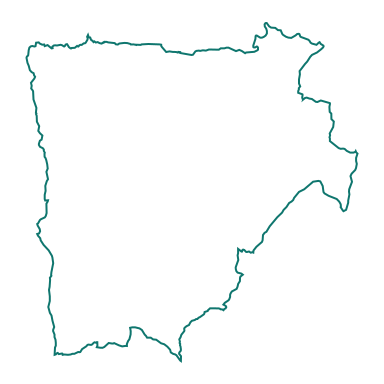 Villeta, Cundinamarca, Colombia (Mercator projection)
{"feature_id": "7082276B61730001772347", "entity_name": "Villeta", "entity_type": "district", "adm_level": 2, "iso_a3": "COL", "parent_name": "Colombia", "parent_adm1": "Cundinamarca", "projection": "mercator", "projection_center": [-74.484, 5.006], "detail": "fine", "context": "isolated", "style": "outline", "palette": "teal", "viewbox_px": 384, "rotation_deg": 0, "n_neighbors": 0, "source": "geoboundaries", "source_scale": "gbopen_adm2", "svg_char_len": 5742}
<svg xmlns="http://www.w3.org/2000/svg" viewBox="0 0 384 384"><path d="M266.7,23.0L265.5,23.1L264.6,24.3L264.8,26.5L266.2,28.6L266.9,31.0L266.9,33.5L265.6,35.6L263.6,37.0L261.8,37.7L260.3,37.7L256.7,35.5L256.1,35.5L255.6,36.1L255.4,39.0L253.3,45.5L253.3,47.0L254.0,47.5L255.2,47.4L256.8,46.5L257.4,46.7L258.0,47.7L258.0,49.7L257.0,50.5L254.3,51.8L246.1,52.5L245.1,53.2L241.8,51.0L239.3,49.9L236.0,51.1L228.6,47.7L226.4,47.7L224.5,48.3L220.8,48.3L218.8,49.7L209.0,49.5L205.9,50.6L202.9,50.3L200.1,50.9L198.9,50.6L196.4,50.9L195.3,51.5L193.0,54.7L191.6,55.0L180.2,53.0L180.2,52.1L178.3,51.9L178.0,52.5L177.6,52.5L176.1,52.0L172.6,51.9L169.5,51.4L166.2,52.0L161.8,46.9L161.3,46.1L161.2,44.7L159.6,44.4L148.4,44.0L141.5,44.4L140.8,44.9L136.0,44.7L136.0,44.9L133.7,44.4L130.9,44.5L130.5,44.0L127.4,43.1L124.5,42.9L119.3,43.5L117.9,44.5L117.4,44.5L115.8,44.3L114.7,43.1L108.2,42.4L106.7,41.9L104.3,41.8L103.0,42.6L103.3,42.8L101.5,43.6L99.5,43.1L97.7,42.1L95.8,42.5L94.4,41.4L93.5,42.1L92.4,40.6L91.6,40.4L91.0,39.7L90.2,37.5L89.5,37.5L88.6,36.9L88.0,35.0L87.1,36.9L87.7,37.7L87.5,39.6L85.7,42.7L84.9,43.3L83.6,43.4L81.7,44.9L80.5,44.8L79.5,45.2L78.4,46.5L78.0,46.5L77.1,45.9L74.8,47.8L71.6,48.0L71.0,48.5L70.3,48.2L68.9,47.1L67.1,44.2L66.7,44.2L65.6,44.6L64.8,46.1L64.1,46.5L62.0,45.2L60.6,44.8L57.0,45.5L55.2,45.3L53.8,45.5L52.4,46.6L52.6,48.2L51.6,48.4L47.6,45.1L44.7,46.1L44.2,44.5L42.2,44.7L39.7,43.5L38.7,42.4L36.1,42.7L35.5,46.2L34.4,46.5L32.3,46.0L30.7,46.4L29.4,47.6L28.7,50.2L28.2,55.2L27.5,56.2L26.9,56.5L26.5,57.8L27.5,62.9L28.7,65.7L29.9,70.2L31.6,72.1L33.6,73.2L34.1,75.3L35.1,76.8L34.3,78.6L31.0,82.8L31.7,85.8L31.2,88.5L32.8,90.6L33.1,91.4L33.5,99.5L36.4,107.9L35.9,112.9L36.4,113.4L36.1,114.3L36.7,115.8L36.9,121.7L39.2,126.2L38.3,130.9L40.0,133.3L42.4,135.5L41.6,139.6L39.9,140.7L38.9,143.8L38.9,144.9L40.0,146.8L42.8,148.2L43.8,149.5L43.8,150.8L44.8,152.8L44.5,153.6L44.6,156.8L45.6,158.2L46.3,160.3L47.2,164.3L47.7,168.6L46.4,171.8L48.0,179.2L46.8,181.1L45.3,185.9L45.6,190.9L44.7,194.8L44.7,199.0L45.2,200.5L48.0,200.3L47.7,201.5L46.4,203.7L46.6,213.1L45.8,215.9L44.8,217.4L40.8,219.3L39.9,220.1L38.1,223.3L37.2,224.0L37.7,225.6L39.7,229.0L40.1,231.2L39.1,233.4L37.2,234.0L38.0,235.7L40.2,238.2L40.7,240.4L43.6,244.9L48.7,250.4L51.9,255.8L52.4,257.6L53.2,263.2L51.4,272.2L51.1,275.2L51.4,275.8L49.9,277.8L50.1,280.0L49.6,286.9L49.0,289.9L49.8,296.3L49.8,301.0L48.3,307.0L49.9,312.9L51.5,315.5L52.5,320.8L54.2,327.0L53.2,329.7L53.1,331.0L54.5,334.5L54.5,337.1L55.5,339.7L55.8,342.8L55.8,345.7L55.0,347.5L54.6,354.8L55.8,354.4L57.1,353.1L57.7,352.9L58.8,354.1L62.1,353.5L62.6,353.9L62.7,354.8L64.4,354.5L68.0,354.8L70.6,354.5L72.4,353.8L74.4,353.8L78.2,352.0L79.6,352.2L80.3,352.0L82.1,349.1L86.3,346.3L87.5,344.9L88.4,344.6L91.1,344.9L92.2,344.4L93.7,342.8L94.6,342.3L96.3,342.8L96.7,342.2L97.3,342.2L97.4,345.7L96.8,347.2L100.0,347.7L102.5,347.8L104.3,347.0L108.7,343.0L111.8,343.5L113.3,343.5L114.1,343.1L119.1,345.4L122.2,346.4L125.5,345.9L126.9,346.0L126.9,343.9L128.1,341.0L129.4,339.2L130.6,334.5L130.7,331.1L130.1,327.8L132.4,327.3L135.0,327.3L139.5,328.4L141.9,330.0L144.7,334.6L146.0,335.9L147.1,337.7L150.8,337.7L153.1,339.4L156.2,339.7L161.1,343.3L164.1,344.2L165.1,344.9L167.4,346.7L170.1,349.7L170.8,352.4L173.2,353.9L175.1,354.4L176.4,355.2L180.2,360.5L180.9,361.0L181.0,356.2L179.1,353.8L179.3,352.5L180.8,350.7L180.9,349.3L180.5,346.4L180.0,345.3L180.2,343.9L179.6,343.0L179.9,341.6L179.3,339.3L180.5,337.4L181.4,334.7L184.2,331.2L184.4,330.5L184.2,328.7L184.6,327.8L186.5,326.2L189.0,325.0L190.4,322.3L191.9,320.8L194.8,320.0L196.0,319.1L197.4,319.0L198.6,317.7L199.8,317.2L203.8,314.4L204.3,313.7L204.6,312.0L207.7,311.0L208.0,310.2L210.1,308.3L218.7,308.4L219.8,308.7L220.5,309.3L222.2,309.4L223.5,310.2L224.3,309.0L225.6,308.4L226.3,307.1L225.7,305.9L223.4,304.6L224.8,302.8L228.1,300.6L229.1,299.6L230.1,297.0L230.1,294.9L230.5,293.6L231.8,291.5L236.6,288.9L237.5,286.8L238.2,283.8L239.9,281.2L240.0,277.9L240.4,276.6L242.8,274.7L241.4,273.6L237.6,272.6L236.4,271.2L235.8,269.1L235.7,267.3L238.3,260.0L237.6,255.3L238.1,253.3L238.1,248.9L241.5,251.6L242.1,251.5L242.4,250.1L243.1,249.6L244.3,250.0L246.1,251.9L246.9,252.0L249.0,251.5L250.8,252.7L252.3,252.2L253.3,252.6L253.5,250.5L256.4,246.8L262.0,241.9L262.6,240.2L263.0,235.0L264.6,232.8L266.4,231.8L269.7,226.3L277.3,217.2L282.1,212.6L283.6,209.9L286.5,207.0L289.1,203.0L291.6,201.5L293.2,200.0L294.1,197.9L299.0,191.9L304.2,189.3L313.1,181.7L318.4,180.9L320.3,181.4L322.7,186.0L323.5,192.0L324.5,193.4L328.6,195.8L336.7,199.0L339.2,201.6L340.3,203.5L340.7,204.4L340.9,206.6L340.6,207.1L342.9,210.6L343.5,211.2L346.1,209.8L348.2,202.7L348.2,200.7L349.4,194.4L349.0,191.7L349.2,189.3L352.0,181.8L350.5,176.1L351.6,173.7L355.2,170.0L356.0,168.1L356.8,163.9L356.1,161.0L356.1,157.9L357.5,153.6L356.2,152.4L355.7,151.2L355.4,151.8L353.5,152.6L350.2,152.6L346.8,150.9L344.6,148.9L343.1,148.6L340.7,148.8L338.7,148.1L329.9,141.1L329.9,138.4L329.5,137.3L330.1,135.3L329.7,133.5L333.2,127.0L333.8,121.5L331.4,119.1L331.3,113.6L329.7,111.9L329.4,106.9L330.0,103.8L329.8,103.1L320.8,100.5L317.4,102.0L315.8,101.8L311.9,99.0L309.5,98.6L306.7,97.6L305.0,98.0L303.3,99.4L303.4,99.1L302.9,99.2L302.5,98.8L302.2,97.4L302.6,94.9L302.4,94.3L298.2,92.8L298.2,91.1L298.9,89.3L298.8,88.2L300.2,86.4L299.0,83.5L299.0,79.4L299.9,74.4L299.6,71.1L305.0,64.0L307.2,61.6L310.2,56.9L312.0,54.9L317.0,52.5L321.2,49.2L323.1,47.4L323.6,46.3L323.4,45.6L320.7,43.9L319.6,42.2L318.8,42.6L316.5,44.8L312.0,43.6L310.6,42.7L309.4,40.7L308.3,39.7L301.0,37.0L300.3,36.5L299.4,34.1L298.8,33.8L297.2,34.0L295.6,35.4L291.3,37.9L288.3,37.6L285.9,36.7L283.1,34.9L282.3,34.0L280.7,30.3L277.9,30.1L275.3,27.9L271.1,27.6L269.1,26.3L266.7,23.0Z" fill="none" stroke="#0f766e" stroke-width="2"/></svg>